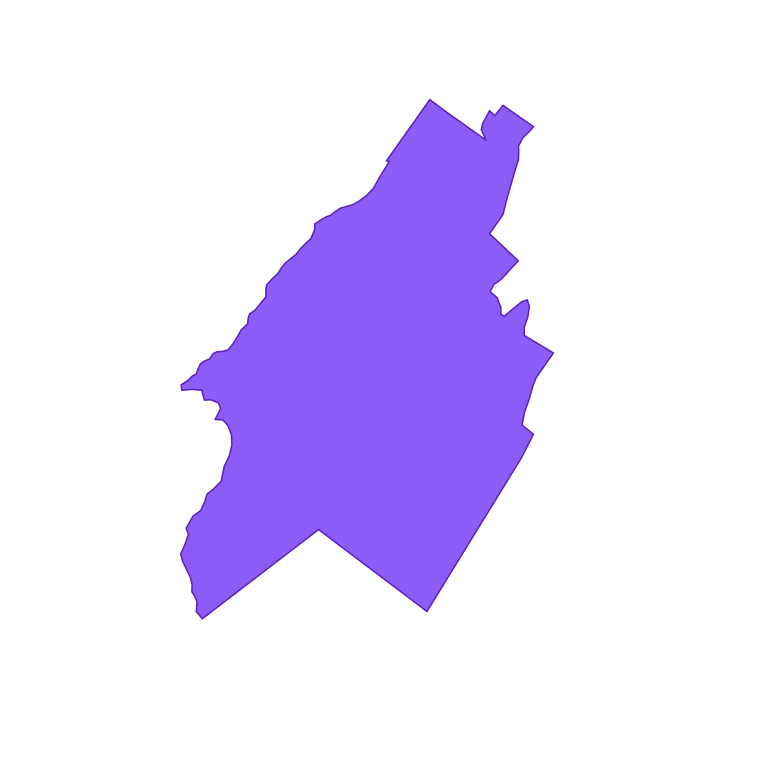 outline of Seremban, Negeri Sembilan, Malaysia, rotated 215°
{"feature_id": "92858781B89018388239971", "entity_name": "Seremban", "entity_type": "district", "adm_level": 2, "iso_a3": "MYS", "parent_name": "Malaysia", "parent_adm1": "Negeri Sembilan", "projection": "equal_earth", "projection_center": [101.966, 2.756], "detail": "fine", "context": "isolated", "style": "filled", "palette": "violet", "viewbox_px": 768, "rotation_deg": 215, "n_neighbors": 0, "source": "geoboundaries", "source_scale": "gbopen_adm2", "svg_char_len": 1739}
<svg xmlns="http://www.w3.org/2000/svg" viewBox="0 0 768 768"><g transform="rotate(215 384 384)"><path d="M398.2,87.5L354.1,227.2L304.6,225.4L299.3,225.2L260.2,223.8L218.3,222.3L229.1,402.6L232.5,426.9L232.8,428.6L247.3,429.5L252.7,441.6L256.3,454.6L261.1,468.4L263.0,476.6L263.0,489.6L263.0,506.6L296.8,504.2L301.6,510.7L304.6,521.3L309.4,531.0L314.9,535.1L318.5,530.2L324.5,508.3L328.2,508.3L332.4,513.9L340.8,519.6L349.9,520.4L351.1,528.6L348.1,536.7L346.9,545.6L345.7,555.4L344.5,561.9L383.7,567.6L383.7,581.4L383.7,591.1L388.5,603.3L395.8,624.4L400.0,636.6L402.4,644.7L407.8,652.9L410.3,656.1L411.5,665.1L409.7,674.8L409.0,680.5L446.5,680.5L447.1,667.5L454.3,668.3L452.5,653.7L450.1,648.0L444.1,644.7L441.0,642.3L489.1,642.6L509.6,643.2L510.0,568.3L507.3,569.3L506.1,549.6L504.9,538.1L506.5,528.2L509.6,518.9L512.7,512.6L520.4,503.3L522.7,497.6L524.6,491.3L527.0,488.2L529.3,483.5L532.5,475.3L532.4,475.2L529.3,470.5L527.3,461.2L528.9,453.9L530.1,446.6L530.4,439.8L534.3,426.3L534.7,420.1L534.3,414.4L535.8,406.6L537.0,398.3L535.1,393.6L530.8,387.9L532.0,370.2L534.3,364.5L533.1,360.3L530.4,355.1L532.0,345.7L531.2,338.5L530.8,330.7L531.2,322.9L534.3,318.7L539.3,314.6L541.3,310.9L541.3,304.2L544.0,300.5L545.9,295.3L545.1,290.1L543.6,284.4L545.5,280.8L546.7,274.3L549.7,267.0L546.1,262.9L538.2,269.4L529.8,274.3L521.9,267.8L516.5,271.9L508.7,273.5L503.8,270.2L502.0,258.1L495.4,262.1L488.1,260.5L479.7,254.8L473.6,246.7L469.4,236.1L467.6,224.8L461.6,210.9L463.4,200.4L465.8,192.3L463.4,185.0L461.6,175.2L464.6,166.3L463.4,152.5L457.9,148.4L454.9,137.9L453.1,128.1L447.1,123.2L438.6,118.4L431.4,114.3L426.0,109.4L422.3,103.7L416.9,101.3L412.1,98.1L407.2,89.9L398.2,87.5Z" fill="#8b5cf6" stroke="#5b21b6" stroke-width="1.5"/></g></svg>